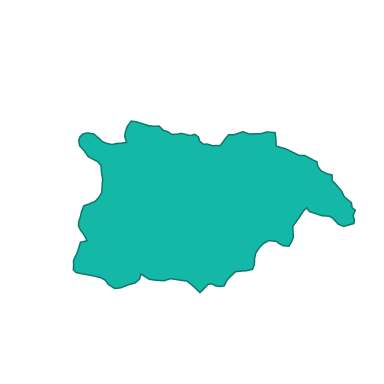 the district of Piranguçu, Minas Gerais, Brazil, rotated 245°
{"feature_id": "56859067B35969927877310", "entity_name": "Piranguçu", "entity_type": "district", "adm_level": 2, "iso_a3": "BRA", "parent_name": "Brazil", "parent_adm1": "Minas Gerais", "projection": "robinson", "projection_center": [-45.515, -22.558], "detail": "fine", "context": "isolated", "style": "filled", "palette": "teal", "viewbox_px": 384, "rotation_deg": 245, "n_neighbors": 0, "source": "geoboundaries", "source_scale": "gbopen_adm2", "svg_char_len": 2024}
<svg xmlns="http://www.w3.org/2000/svg" viewBox="0 0 384 384"><g transform="rotate(245 192 192)"><path d="M101.9,257.0L104.7,261.0L108.0,264.7L118.2,268.7L123.4,278.1L127.9,285.3L129.0,289.4L124.7,290.1L118.4,296.8L115.6,299.7L111.9,306.4L108.6,308.6L101.1,310.9L96.7,314.9L95.0,325.4L98.4,327.5L102.6,328.0L106.5,332.4L110.0,330.5L114.9,331.9L123.2,328.0L129.5,328.0L133.4,326.8L138.1,325.7L143.1,323.8L148.2,326.2L151.7,321.8L156.7,317.9L162.0,316.9L166.7,318.0L169.5,315.5L177.6,309.5L179.8,304.6L187.6,298.4L191.6,295.1L198.0,287.7L204.2,290.3L210.7,292.4L214.9,285.0L215.5,279.9L217.8,274.5L220.3,268.4L225.1,263.7L226.2,254.0L228.4,249.6L226.7,245.6L222.2,237.3L225.3,230.2L228.9,226.2L230.5,222.5L234.8,220.5L239.2,221.1L243.2,218.8L243.8,214.4L246.8,210.7L249.7,207.0L250.7,202.8L252.8,197.9L256.9,195.6L259.9,192.1L265.6,190.1L267.8,185.0L270.4,180.8L274.7,176.1L279.0,171.4L282.0,166.9L278.6,160.8L275.2,157.6L271.1,154.5L264.6,153.7L266.1,148.5L267.6,144.9L268.8,139.6L272.1,135.3L275.7,132.0L280.3,130.2L286.3,127.4L289.8,122.0L290.7,117.8L289.5,114.0L286.6,111.1L281.3,109.7L275.5,111.6L267.8,112.9L263.0,116.6L259.4,119.3L254.6,120.7L248.2,118.4L241.1,116.3L235.5,113.1L229.9,110.2L226.7,105.8L224.5,100.4L224.7,93.3L225.3,88.3L221.3,83.9L216.5,80.2L213.0,76.8L209.4,74.8L204.7,74.8L200.9,75.7L196.5,76.2L192.2,76.3L193.6,69.7L189.4,65.9L185.0,61.9L182.6,58.6L179.6,55.4L175.9,53.9L171.7,51.6L168.0,52.9L165.7,56.0L163.2,59.4L160.5,63.2L157.8,67.0L155.3,70.1L152.8,73.2L148.8,76.1L143.2,77.3L137.2,81.2L135.3,86.8L134.8,95.1L133.6,101.9L135.1,107.5L139.2,111.1L135.1,113.7L130.9,116.4L127.3,122.0L123.4,129.1L122.5,136.0L119.5,140.5L116.5,144.9L113.4,149.8L108.8,152.1L103.8,154.3L97.4,156.7L99.4,162.3L101.5,167.4L100.3,171.3L96.8,173.9L94.5,177.4L93.3,181.5L97.2,186.2L99.4,191.9L101.3,197.7L99.6,203.1L97.6,208.2L96.3,214.2L99.9,217.9L105.2,220.6L109.7,224.0L113.2,229.8L115.1,235.1L115.5,241.1L111.7,247.4L108.2,249.3L104.9,251.8L101.9,257.0Z" fill="#14b8a6" stroke="#0f766e" stroke-width="1.5"/></g></svg>